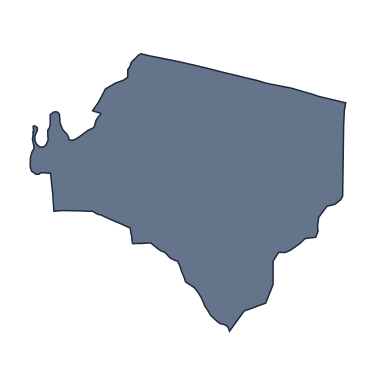 Al-Suwaira, Wasit, Iraq, rotated 356°
{"feature_id": "34846034B1283467893722", "entity_name": "Al-Suwaira", "entity_type": "district", "adm_level": 2, "iso_a3": "IRQ", "parent_name": "Iraq", "parent_adm1": "Wasit", "projection": "robinson", "projection_center": [44.846, 32.842], "detail": "fine", "context": "isolated", "style": "filled", "palette": "slate", "viewbox_px": 384, "rotation_deg": 356, "n_neighbors": 0, "source": "geoboundaries", "source_scale": "gbopen_adm2", "svg_char_len": 2525}
<svg xmlns="http://www.w3.org/2000/svg" viewBox="0 0 384 384"><g transform="rotate(356 192 192)"><path d="M219.7,333.5L235.8,314.3L239.5,313.3L252.4,309.5L257.8,308.0L266.4,290.0L268.1,266.6L274.3,258.2L280.6,258.9L286.3,256.9L295.9,251.0L301.6,246.3L312.2,245.8L315.0,240.0L314.8,235.2L316.7,226.0L325.7,215.6L333.5,214.3L335.7,212.9L339.9,210.0L342.0,206.6L347.9,136.3L349.6,121.9L351.5,113.8L324.9,105.4L324.6,105.3L318.6,102.7L313.8,101.1L298.6,95.4L274.4,88.9L265.1,85.4L255.5,82.4L228.3,73.8L215.2,69.4L189.8,61.6L173.2,57.0L158.1,52.9L150.8,50.5L150.4,50.7L148.2,51.7L145.2,54.4L141.4,57.5L140.3,58.9L138.8,62.5L136.5,65.4L136.2,68.3L135.8,73.3L133.5,74.4L131.7,75.6L126.2,77.2L123.0,78.1L118.6,80.3L112.8,83.2L110.3,87.3L107.3,92.2L104.4,96.7L101.3,100.5L99.9,102.2L98.5,104.0L99.4,104.5L100.2,104.9L102.3,105.5L104.0,106.2L106.2,106.9L106.2,108.1L104.0,110.4L103.5,110.9L101.5,113.5L100.6,115.7L100.1,117.1L99.0,120.0L97.5,121.4L96.3,121.8L92.7,123.1L89.4,125.2L84.7,128.3L81.9,129.9L79.0,131.4L77.0,131.9L75.5,132.2L73.8,131.4L72.9,131.1L72.8,129.1L71.4,125.7L69.4,123.3L67.6,121.1L66.0,116.8L65.2,113.7L65.2,105.4L65.0,105.0L63.9,103.1L61.5,102.4L60.1,102.6L59.2,102.7L56.0,104.9L55.6,109.1L55.4,112.4L55.4,114.5L54.0,118.5L52.4,120.3L52.3,122.9L52.1,125.8L52.1,130.0L51.2,131.8L50.3,133.8L48.9,135.6L46.6,136.7L44.2,136.5L43.3,136.4L41.3,134.6L39.8,132.5L39.1,129.9L39.0,126.1L40.4,122.6L41.7,120.4L41.9,120.1L42.3,117.3L41.3,116.2L39.7,115.0L38.0,115.5L38.1,117.2L38.3,119.6L38.2,120.1L37.9,120.3L37.5,120.8L37.5,121.7L37.5,122.4L37.5,123.8L36.5,128.4L37.3,133.9L37.5,137.3L35.1,141.2L33.3,146.2L32.6,152.2L32.5,156.5L33.5,160.1L37.7,163.5L40.5,163.7L40.8,163.5L42.5,162.2L46.1,162.6L52.3,163.5L52.3,166.6L52.9,183.0L52.9,201.6L53.4,201.6L56.2,201.5L57.9,201.5L61.7,201.5L71.9,202.4L76.6,202.8L82.1,203.3L88.7,204.2L91.5,204.2L93.6,205.8L96.8,207.8L99.5,208.5L104.2,211.2L113.1,215.9L121.0,219.9L127.8,223.8L128.0,224.9L128.0,226.7L128.6,231.0L128.8,236.2L129.2,239.3L129.9,239.5L133.9,239.5L136.7,239.8L141.1,239.8L145.2,239.8L147.3,240.0L149.8,242.3L154.3,246.5L157.0,248.6L160.8,250.4L162.3,252.2L164.2,254.6L165.7,256.4L168.7,258.2L173.1,260.3L173.4,261.8L173.9,262.8L174.6,264.6L176.1,270.6L178.2,276.7L179.3,281.2L180.8,282.4L182.0,283.3L185.0,285.5L187.8,287.8L189.3,289.8L191.2,292.9L193.5,297.2L195.2,301.7L196.9,306.9L199.2,310.7L200.7,313.7L202.2,316.6L205.8,320.4L208.3,323.1L210.9,325.2L214.4,326.3L217.6,328.1L219.1,331.0L219.7,333.5Z" fill="#64748b" stroke="#1e293b" stroke-width="1.5"/></g></svg>